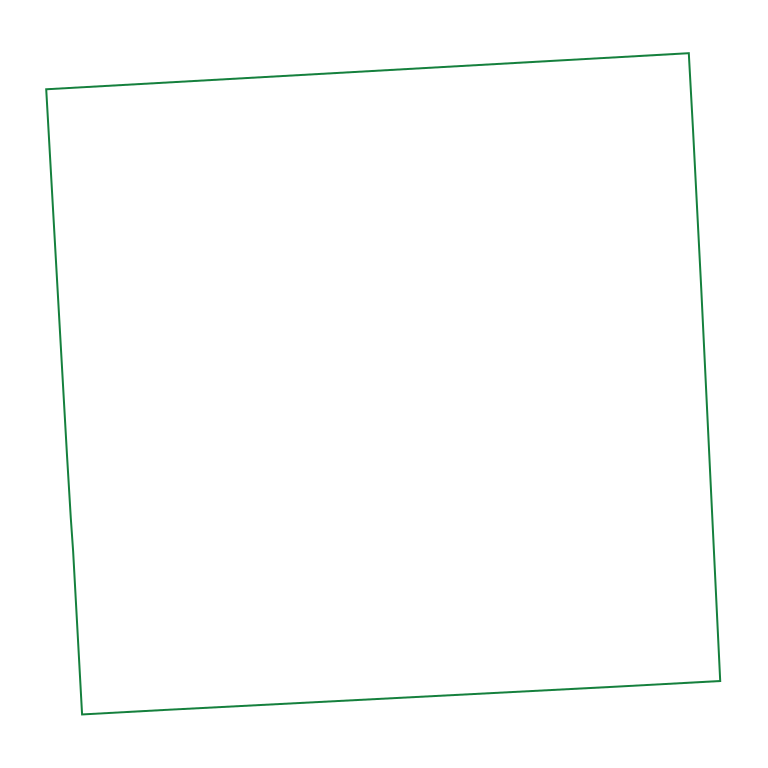 the district of Leake, Mississippi, United States of America, rotated 267°
{"feature_id": "52423323B43754399816629", "entity_name": "Leake", "entity_type": "district", "adm_level": 2, "iso_a3": "USA", "parent_name": "United States of America", "parent_adm1": "Mississippi", "projection": "mercator", "projection_center": [-89.51, 32.754], "detail": "fine", "context": "isolated", "style": "outline", "palette": "green", "viewbox_px": 768, "rotation_deg": 267, "n_neighbors": 0, "source": "geoboundaries", "source_scale": "gbopen_adm2", "svg_char_len": 325}
<svg xmlns="http://www.w3.org/2000/svg" viewBox="0 0 768 768"><g transform="rotate(267 384 384)"><path d="M698.4,705.7L697.9,574.1L696.0,62.1L329.7,63.7L266.9,64.2L233.2,64.8L69.8,65.2L70.0,146.6L69.6,601.2L69.8,704.2L463.0,705.8L621.0,705.9L690.8,705.7L698.4,705.7Z" fill="none" stroke="#15803d" stroke-width="2"/></g></svg>